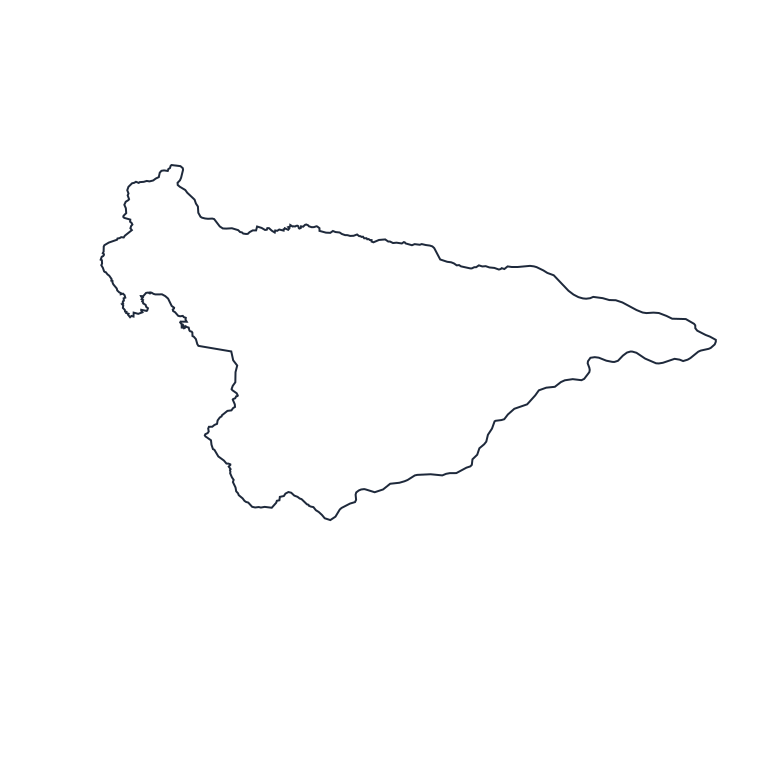 the district of Fredonia, Antioquia, Colombia, rotated 286°
{"feature_id": "7082276B62659196933194", "entity_name": "Fredonia", "entity_type": "district", "adm_level": 2, "iso_a3": "COL", "parent_name": "Colombia", "parent_adm1": "Antioquia", "projection": "equal_earth", "projection_center": [-75.678, 5.875], "detail": "fine", "context": "isolated", "style": "outline", "palette": "slate", "viewbox_px": 768, "rotation_deg": 286, "n_neighbors": 0, "source": "geoboundaries", "source_scale": "gbopen_adm2", "svg_char_len": 6110}
<svg xmlns="http://www.w3.org/2000/svg" viewBox="0 0 768 768"><g transform="rotate(286 384 384)"><path d="M537.3,128.3L535.9,119.4L535.1,118.8L532.5,118.7L531.3,117.5L529.2,117.4L528.7,113.7L527.6,111.3L525.3,110.2L520.8,110.5L518.6,108.0L516.0,106.0L514.1,102.7L513.8,100.0L512.1,97.3L510.7,93.5L509.7,92.8L510.0,89.8L508.6,88.5L507.5,86.5L503.1,84.0L499.5,83.8L496.7,85.9L494.7,85.6L491.4,88.0L490.3,87.6L488.0,85.5L484.7,85.0L481.8,87.4L477.2,89.1L474.0,87.3L472.8,87.3L472.1,88.5L472.1,94.8L470.0,95.2L469.3,96.9L467.9,98.2L466.3,97.4L463.8,97.3L462.4,99.2L455.1,94.0L453.1,93.4L452.7,90.9L451.3,89.6L450.4,87.7L449.1,87.6L444.1,80.5L440.4,77.0L438.9,76.7L433.9,78.0L432.2,77.6L431.6,79.0L430.9,79.2L429.6,78.8L428.5,77.6L425.4,77.4L425.2,78.7L422.0,79.8L420.3,79.5L418.1,81.8L415.1,83.9L414.7,84.9L414.8,85.7L413.1,88.1L412.4,90.0L409.7,93.3L408.2,93.4L408.2,94.6L406.8,95.0L405.2,96.3L402.1,100.8L400.4,101.8L399.1,104.3L398.9,105.9L397.7,106.2L398.9,108.2L397.9,110.1L395.7,111.5L394.6,110.1L392.4,111.0L391.6,110.3L390.5,110.3L389.4,111.1L388.6,110.1L387.6,111.7L385.2,112.0L383.8,114.4L382.3,115.1L382.4,116.5L381.2,116.6L381.1,119.1L380.0,118.9L378.2,121.5L379.8,122.5L379.8,124.6L383.6,123.7L383.7,128.4L386.3,132.0L387.6,130.4L388.4,130.2L388.8,135.6L389.3,136.1L391.8,136.2L392.6,134.2L394.4,133.0L395.1,130.3L396.3,129.9L396.7,128.8L398.3,129.2L398.7,127.6L400.6,128.3L401.1,126.4L401.5,126.1L402.0,128.3L406.0,130.2L406.9,132.1L406.5,133.8L406.7,134.3L407.6,134.1L407.7,135.5L407.1,137.6L407.1,139.6L409.0,145.9L408.2,149.5L406.6,152.9L400.5,158.4L399.5,161.2L398.7,161.3L397.4,160.4L396.0,161.2L395.4,163.4L392.8,167.4L392.9,169.4L394.0,171.8L393.1,173.1L393.0,175.2L391.1,175.5L389.5,177.2L387.9,171.3L387.0,171.1L385.7,173.0L382.5,174.0L382.7,175.1L385.1,174.9L384.5,175.7L382.5,176.4L382.8,177.0L384.8,177.6L384.4,178.3L384.4,180.7L381.8,182.2L381.3,183.0L381.3,184.7L380.6,185.6L377.3,186.7L377.0,188.2L375.3,190.8L370.8,193.6L369.5,195.1L373.2,228.2L365.2,232.5L361.3,237.8L354.5,238.0L344.7,240.6L340.5,239.1L337.0,238.9L336.2,240.0L334.5,244.9L332.7,246.6L332.0,246.5L331.4,245.3L329.3,244.9L327.9,243.1L327.3,242.9L323.3,246.2L320.9,247.1L319.3,245.6L316.6,244.6L315.0,240.9L309.2,236.8L308.1,236.8L306.6,235.4L303.1,234.1L299.7,234.5L297.9,232.3L295.6,230.7L294.6,227.5L292.7,227.3L290.0,228.6L288.2,228.0L286.5,226.1L285.2,225.9L284.4,226.8L282.2,233.2L278.1,234.9L274.3,237.5L274.0,239.1L268.7,244.7L266.3,251.2L264.1,254.5L264.6,256.4L264.4,258.4L263.9,258.6L261.8,257.5L259.9,260.0L258.8,259.6L257.4,260.5L255.8,260.7L252.4,263.5L250.4,265.9L248.1,265.8L243.6,269.8L240.1,271.5L238.7,273.8L237.1,275.0L235.1,279.6L233.2,282.1L232.6,283.9L232.6,286.2L229.6,291.1L229.8,294.2L231.2,297.5L231.3,299.7L233.0,303.2L234.1,310.2L240.1,313.1L242.2,313.2L243.4,315.5L246.8,315.0L248.7,318.6L251.5,319.5L253.8,321.9L253.9,324.8L252.0,328.5L251.7,332.0L250.7,334.5L250.6,336.5L247.1,343.1L247.1,344.7L246.3,345.3L246.0,347.4L246.2,350.1L243.9,353.3L243.0,356.5L241.0,360.5L238.6,364.0L238.4,369.9L243.1,373.9L251.2,376.1L253.2,377.4L259.7,384.3L262.5,388.7L265.0,389.1L269.8,387.2L272.1,387.2L274.7,389.1L276.3,391.1L277.5,393.9L277.6,395.3L277.4,404.9L282.4,412.2L289.8,417.4L293.3,426.0L296.2,430.6L298.2,433.1L304.6,438.8L305.8,441.0L310.1,453.7L312.2,465.2L314.8,468.5L316.4,471.7L318.3,478.1L326.3,486.3L328.6,489.7L330.5,490.7L336.0,489.8L341.7,493.1L348.5,493.4L353.7,496.9L356.8,498.2L363.8,497.9L370.9,500.1L378.6,500.6L379.4,501.4L381.7,506.8L383.3,509.3L388.9,511.5L396.1,516.1L403.9,527.2L414.7,532.5L420.6,534.6L425.2,541.0L428.4,549.0L434.6,553.5L437.4,556.8L440.7,564.1L442.1,572.8L444.1,575.0L452.0,578.1L454.2,577.9L456.2,576.9L460.0,574.1L462.1,573.8L466.1,575.2L467.9,579.2L468.5,583.2L467.7,591.3L468.2,597.4L468.7,599.4L470.8,602.5L477.1,605.8L481.2,608.9L483.1,611.9L483.6,613.7L483.6,618.1L480.4,628.0L478.9,639.8L479.5,642.5L481.3,646.3L488.3,656.4L488.9,661.5L488.5,665.2L491.1,669.2L493.4,671.4L501.7,677.2L503.4,679.2L507.3,686.4L508.7,688.1L513.2,691.0L516.1,691.3L517.9,690.8L519.4,684.2L519.8,679.6L521.6,670.4L523.4,667.9L526.2,667.0L527.3,665.5L529.6,656.2L526.2,643.0L527.3,636.8L528.0,628.7L526.9,623.4L524.5,616.7L524.0,612.9L524.7,606.4L528.1,590.7L528.4,583.7L526.8,577.4L526.8,570.6L525.4,561.1L523.3,558.5L521.7,554.8L521.1,551.6L521.1,546.9L522.2,541.5L524.5,535.6L535.3,517.2L535.8,510.4L537.1,505.9L538.4,498.5L538.4,495.7L537.8,491.8L533.3,480.2L531.7,474.7L531.1,470.4L527.7,468.0L527.8,465.2L526.7,464.5L525.7,462.9L526.0,458.1L525.1,453.2L525.3,449.3L524.1,446.1L524.2,442.5L521.7,440.4L521.1,438.5L519.3,436.5L518.9,435.0L518.3,425.6L519.0,423.4L518.1,421.2L519.2,418.0L519.5,415.0L518.9,411.1L519.2,403.7L528.5,394.8L529.6,392.6L529.7,389.9L529.1,385.8L528.9,381.7L527.7,380.0L526.9,374.9L525.1,372.6L525.1,366.0L525.8,365.1L525.9,364.0L524.0,362.4L523.3,357.1L522.0,353.8L522.6,350.5L522.1,348.8L523.3,345.3L521.1,339.5L517.3,334.8L517.5,332.8L518.9,332.4L518.5,330.7L519.1,329.3L518.5,328.0L519.3,327.0L518.6,324.8L519.8,323.2L519.2,321.8L519.6,320.7L519.3,319.3L520.3,316.9L518.1,313.9L517.0,310.6L517.0,307.9L516.4,305.6L516.6,302.1L517.4,299.6L516.7,295.5L517.0,292.7L514.5,290.7L513.5,286.5L513.4,279.8L516.0,279.0L517.0,276.4L517.0,275.6L515.5,273.4L514.8,271.3L514.9,268.3L515.6,267.4L515.9,265.3L515.2,264.2L512.9,262.9L512.7,260.8L511.0,261.0L510.1,259.8L510.4,259.1L512.0,258.2L512.3,257.3L511.9,256.1L510.9,255.1L510.7,253.6L510.2,252.9L511.0,250.1L509.5,250.4L508.4,248.7L507.4,250.1L505.8,249.4L506.4,245.7L505.5,245.6L505.1,244.9L503.8,245.2L503.6,240.7L501.8,239.1L501.6,237.1L499.5,237.2L500.4,234.0L502.1,230.5L501.7,228.9L500.0,228.8L499.3,227.2L500.3,223.3L500.4,218.6L496.4,218.7L495.5,215.5L492.9,212.9L490.8,211.7L490.2,210.1L489.8,207.2L490.6,205.6L490.4,203.8L491.7,201.4L491.8,194.9L489.9,189.5L489.1,186.2L490.2,182.7L495.7,175.3L495.7,173.4L494.3,169.3L493.8,166.4L493.7,163.2L494.2,161.5L497.4,158.3L503.3,156.2L505.6,153.5L509.0,151.1L513.6,142.2L515.7,139.5L517.3,133.4L518.4,130.9L520.5,130.1L523.5,131.7L526.3,132.1L534.5,131.8L536.0,131.1L537.3,128.3Z" fill="none" stroke="#1e293b" stroke-width="2"/></g></svg>